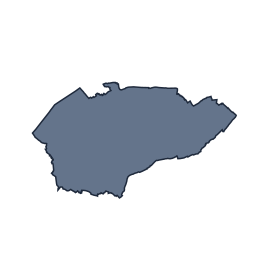 outline of Nakhon Chai Si, Nakhon Pathom, Thailand, rotated 232°
{"feature_id": "78962969B40906880836111", "entity_name": "Nakhon Chai Si", "entity_type": "district", "adm_level": 2, "iso_a3": "THA", "parent_name": "Thailand", "parent_adm1": "Nakhon Pathom", "projection": "robinson", "projection_center": [100.173, 13.814], "detail": "fine", "context": "isolated", "style": "filled", "palette": "slate", "viewbox_px": 256, "rotation_deg": 232, "n_neighbors": 0, "source": "geoboundaries", "source_scale": "gbopen_adm2", "svg_char_len": 5600}
<svg xmlns="http://www.w3.org/2000/svg" viewBox="0 0 256 256"><g transform="rotate(232 128 128)"><path d="M122.2,34.6L122.3,35.2L122.7,36.6L122.7,37.0L122.9,37.6L123.1,38.0L123.0,38.4L122.8,38.9L121.7,39.9L120.9,39.7L120.2,39.4L119.8,39.3L119.3,40.0L118.5,40.5L117.7,40.9L117.1,40.9L116.1,41.3L115.7,41.8L115.1,42.7L114.9,44.1L114.9,45.0L114.6,45.2L114.3,45.2L113.8,45.3L112.6,45.9L112.4,45.8L112.0,46.0L111.5,46.4L111.1,46.4L110.9,46.6L109.5,46.8L109.5,47.7L109.3,47.8L109.4,49.6L107.3,49.6L107.3,50.1L106.8,50.7L105.9,50.2L105.6,50.5L105.4,51.4L106.4,51.7L106.4,51.9L106.1,52.3L106.1,52.5L106.5,52.7L107.2,52.8L107.4,53.2L106.9,53.7L106.4,54.4L104.6,56.2L102.2,57.8L101.4,58.2L99.6,58.6L99.3,58.5L98.9,58.1L98.4,58.2L97.0,59.2L95.7,60.0L95.3,60.5L94.2,61.3L93.6,61.9L93.1,62.1L93.3,62.3L94.3,62.8L94.5,63.1L94.6,63.4L93.9,63.9L93.8,64.0L93.8,65.0L93.6,65.6L93.4,65.9L93.1,66.0L93.1,66.3L93.5,66.9L93.3,67.0L91.8,67.6L91.3,68.1L91.4,68.3L91.8,68.8L91.4,69.9L91.7,70.6L91.8,71.3L91.9,71.8L90.4,72.6L89.6,73.3L89.1,72.9L88.6,72.3L87.6,74.7L87.4,74.8L87.0,74.6L86.8,74.6L86.4,75.2L86.2,75.3L84.3,75.7L82.7,75.8L82.3,76.6L81.5,76.7L81.7,77.8L81.6,78.0L78.2,78.2L78.2,78.5L78.0,79.1L78.0,80.4L78.2,81.9L79.0,81.8L79.3,81.9L79.6,82.2L80.5,83.9L80.7,84.6L80.7,86.0L81.0,86.6L81.9,87.5L82.8,88.1L83.0,88.3L83.9,89.7L84.7,91.2L86.0,93.1L86.8,94.2L88.3,95.8L88.8,96.6L89.6,98.0L89.7,100.0L89.3,101.6L89.0,102.7L88.5,103.5L88.2,105.4L87.8,106.3L87.7,106.7L87.6,106.8L87.2,107.7L87.0,109.1L86.9,109.3L85.9,109.9L85.2,112.5L84.6,115.3L84.6,115.6L84.3,116.4L84.4,117.3L84.0,117.8L84.5,118.4L84.2,119.3L84.2,120.4L84.0,121.2L84.1,121.7L84.7,122.4L84.6,122.6L84.1,123.2L84.9,128.2L85.0,130.4L84.2,131.3L83.7,132.6L82.5,134.9L81.1,137.6L80.8,138.4L79.8,139.9L79.6,140.6L78.7,141.3L77.8,142.3L77.5,143.1L77.0,143.8L76.7,144.8L76.5,145.5L76.2,146.5L76.2,147.0L76.0,147.5L75.9,148.1L75.9,149.3L75.6,149.4L73.1,148.4L71.8,150.3L70.0,153.7L69.2,157.3L68.5,157.3L68.3,157.3L67.8,160.6L67.3,162.4L67.2,162.7L66.3,163.2L66.3,163.6L66.0,164.4L65.7,165.6L65.4,166.0L65.1,166.3L64.6,167.4L64.8,167.6L64.8,168.7L65.1,169.5L64.7,170.4L64.6,170.7L64.7,171.0L65.0,171.2L65.9,171.9L66.1,173.0L66.5,173.7L66.3,175.2L66.5,178.2L67.2,178.6L67.3,178.8L67.2,179.5L67.4,179.6L67.8,179.6L67.9,180.0L67.6,180.6L67.4,181.2L66.8,182.3L66.9,182.7L67.1,183.6L67.5,183.7L67.7,185.7L67.6,186.1L67.2,187.7L66.8,188.1L66.8,188.4L66.9,190.8L68.0,192.7L67.8,194.0L68.6,201.1L68.0,200.9L66.9,200.6L66.6,200.7L66.2,201.3L66.5,201.8L66.7,202.3L67.2,203.9L67.3,205.0L67.7,206.4L68.1,208.2L68.5,209.2L69.2,212.6L70.0,215.3L70.1,216.5L70.1,217.3L70.3,218.0L70.4,219.1L71.4,221.4L71.4,221.1L72.7,221.0L72.9,220.8L75.9,220.4L75.9,220.0L77.3,219.6L79.1,219.4L82.2,219.2L82.1,218.7L83.8,218.6L87.9,217.8L89.1,217.9L89.0,216.6L89.8,216.7L89.8,216.0L90.1,213.7L91.2,213.5L92.3,213.3L92.7,213.2L92.9,212.9L93.7,213.4L93.9,213.7L95.6,215.5L97.8,212.0L98.1,211.4L99.0,211.9L100.7,212.3L101.8,212.8L102.1,212.0L102.4,211.1L103.1,209.7L103.5,209.2L103.4,208.7L103.5,208.3L103.3,207.8L103.6,207.4L103.8,206.6L103.9,205.8L104.2,205.2L104.2,204.9L104.3,204.5L104.2,203.9L104.1,203.1L104.3,202.9L104.4,202.6L104.1,198.8L104.5,196.4L104.6,196.2L104.6,195.4L105.0,193.2L106.2,192.9L107.3,192.9L111.0,193.5L111.1,190.5L114.1,190.8L114.9,190.8L115.1,190.0L116.4,190.1L116.5,190.5L119.2,190.2L119.1,189.8L121.2,189.6L121.2,188.9L123.8,188.9L123.8,188.3L124.5,188.2L124.4,187.4L124.7,187.3L127.2,190.1L128.4,191.0L128.7,191.0L129.0,190.9L129.9,190.3L130.2,189.9L132.3,187.1L134.8,183.8L136.3,182.5L137.0,181.5L140.8,177.3L142.6,175.6L143.5,174.5L144.0,173.7L145.1,171.3L145.6,169.7L146.5,169.4L146.6,168.8L147.2,169.0L151.6,163.6L157.0,157.7L159.7,153.8L160.1,153.1L160.9,151.1L160.9,150.8L160.8,150.0L161.1,149.3L162.0,146.5L162.2,146.1L162.7,145.7L163.0,145.5L163.5,145.3L164.0,145.4L164.8,145.5L166.1,146.0L168.6,147.5L169.2,146.6L170.4,147.1L171.2,145.8L171.7,146.0L173.1,144.2L175.0,140.5L175.5,140.1L175.5,139.3L176.9,138.2L177.8,135.5L177.8,135.4L177.3,135.3L175.0,135.1L174.6,135.6L173.7,136.3L173.4,136.8L172.8,137.9L172.1,138.0L171.7,138.2L171.4,138.1L171.0,138.6L170.5,138.2L169.9,137.7L168.0,137.6L168.5,135.6L168.7,134.5L168.5,132.8L168.4,131.0L168.5,130.5L169.1,130.5L170.1,130.3L169.8,128.8L169.4,128.7L169.5,127.7L170.4,127.8L170.8,127.8L171.1,126.3L172.1,126.1L172.3,126.3L173.1,126.1L173.1,125.3L174.3,125.1L174.2,123.1L172.9,122.8L173.0,120.0L173.1,119.9L174.0,119.9L173.9,118.5L174.2,118.3L174.1,117.6L175.3,117.3L175.3,116.8L175.4,116.6L175.3,116.0L175.4,115.4L177.9,115.2L181.0,115.2L182.7,115.0L183.8,115.1L187.3,114.8L188.3,114.8L189.2,114.7L189.4,109.1L191.0,90.3L191.4,84.6L191.3,84.1L190.0,79.3L189.8,78.4L188.9,75.4L185.7,62.3L183.8,54.8L182.8,49.6L179.6,49.4L178.4,49.3L178.1,49.1L175.6,49.7L173.4,50.1L171.7,50.7L170.3,50.8L169.1,51.3L168.8,51.5L167.9,52.3L167.1,52.8L166.6,53.6L166.0,54.2L165.8,54.3L165.3,53.7L164.4,53.1L164.2,52.5L163.7,52.2L163.7,51.7L162.2,51.3L161.8,51.0L161.7,50.5L162.1,49.8L161.1,49.7L160.5,49.6L160.1,49.4L158.9,49.3L158.8,48.9L156.8,49.4L155.1,50.0L154.9,49.4L154.4,49.0L153.8,49.5L153.6,49.9L152.6,50.0L152.2,49.3L151.5,49.7L151.4,49.1L150.2,49.3L149.4,49.8L148.7,49.0L148.7,48.6L148.9,48.4L148.8,47.9L148.3,47.1L148.1,46.6L147.8,46.5L147.7,46.7L146.7,46.2L146.4,46.9L145.1,46.4L140.4,43.4L140.2,42.7L139.8,42.5L139.7,42.4L139.8,42.0L139.9,41.9L139.5,41.3L139.6,40.7L139.4,39.9L138.3,40.2L138.0,39.9L137.6,39.9L136.9,40.1L135.9,40.5L134.1,41.0L128.2,37.5L127.7,37.3L127.1,36.9L126.2,36.8L125.3,37.0L124.1,36.9L123.8,36.8L123.7,36.7L123.6,35.9L122.2,34.6Z" fill="#64748b" stroke="#1e293b" stroke-width="1.5"/></g></svg>